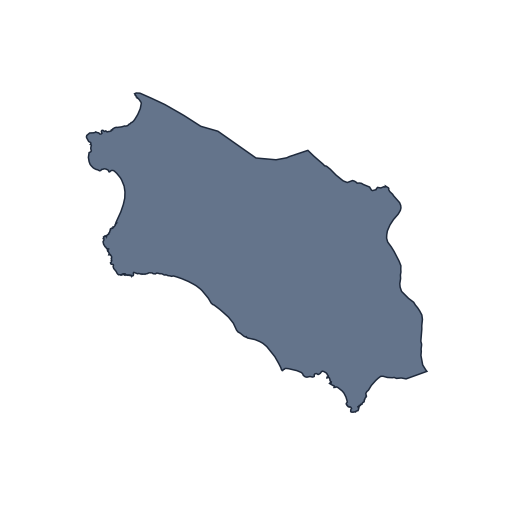 the district of Ilocos Norte, Ilocos Norte, Philippines, rotated 288°
{"feature_id": "2640588B45258001695711", "entity_name": "Ilocos Norte", "entity_type": "district", "adm_level": 2, "iso_a3": "PHL", "parent_name": "Philippines", "parent_adm1": "Ilocos Norte", "projection": "orthographic", "projection_center": [120.646, 18.219], "detail": "fine", "context": "isolated", "style": "filled", "palette": "slate", "viewbox_px": 512, "rotation_deg": 288, "n_neighbors": 0, "source": "geoboundaries", "source_scale": "gbopen_adm2", "svg_char_len": 6019}
<svg xmlns="http://www.w3.org/2000/svg" viewBox="0 0 512 512"><g transform="rotate(288 256 256)"><path d="M355.8,368.2L356.9,366.9L358.6,363.3L360.2,361.6L361.3,361.4L361.7,360.9L362.6,357.4L361.8,357.7L361.3,356.9L361.4,356.2L359.3,353.7L358.8,350.4L357.1,349.7L356.2,349.7L354.2,346.6L354.3,345.5L356.7,342.7L357.2,335.9L357.7,333.9L357.4,331.9L356.5,329.7L357.0,328.9L357.6,326.6L357.6,324.5L354.1,320.1L354.4,315.7L357.6,307.3L361.5,299.8L363.2,295.3L363.0,293.2L363.8,292.0L369.0,279.8L372.5,272.7L360.8,256.9L358.9,254.9L353.7,245.3L349.2,225.7L362.9,181.2L362.3,163.4L367.4,143.9L371.9,122.4L373.7,108.0L375.0,95.4L374.0,91.7L372.8,90.4L372.1,91.3L371.7,91.3L371.1,92.6L370.3,92.9L370.0,94.2L369.5,94.2L369.5,94.8L368.8,96.4L366.6,99.2L365.9,99.7L360.4,100.4L354.0,99.8L348.5,98.5L346.7,97.9L344.9,96.9L344.3,96.0L343.1,95.6L342.1,94.5L340.9,94.0L340.0,93.2L339.2,91.9L339.1,90.9L337.3,88.3L335.4,84.3L335.2,83.3L334.4,82.1L332.9,80.7L332.1,80.3L331.8,80.5L331.4,79.8L331.0,79.9L330.8,79.4L330.3,79.6L329.3,78.5L328.9,77.4L328.1,76.3L328.1,75.4L328.6,74.5L327.6,73.3L328.2,71.7L328.0,70.8L327.3,70.4L326.4,70.5L325.1,71.6L324.0,70.8L323.7,69.9L324.5,68.4L324.3,66.7L324.5,65.2L323.9,64.9L322.9,63.3L321.6,59.8L318.4,57.8L316.9,57.9L316.1,58.4L313.2,61.5L312.8,63.7L311.5,64.4L310.9,64.1L310.9,64.6L310.1,65.3L308.6,65.3L307.0,65.7L305.1,66.9L303.8,66.5L302.8,65.3L298.0,66.1L294.2,68.1L291.9,69.9L291.0,71.2L289.6,73.8L289.2,75.2L288.9,77.4L289.1,78.5L288.7,80.9L289.3,81.9L290.7,82.5L291.1,83.5L292.0,84.6L292.3,86.3L292.1,88.3L291.8,89.1L290.7,90.0L290.6,90.4L290.9,90.9L292.2,91.6L292.9,92.5L293.2,93.7L293.0,95.0L291.6,98.0L288.5,102.8L286.8,104.7L281.7,109.0L276.4,111.6L270.5,113.3L264.0,113.9L256.3,113.8L244.9,112.5L243.4,112.5L243.7,113.0L242.3,112.4L242.2,112.6L241.5,112.6L239.7,111.8L240.1,111.7L239.6,111.6L239.4,111.0L238.6,111.2L238.0,111.0L237.9,110.1L236.9,109.3L236.3,109.5L236.2,109.3L235.9,109.6L234.8,109.3L233.1,109.4L232.4,109.1L232.1,108.8L231.1,109.1L230.3,108.2L229.3,107.7L228.6,107.8L229.1,107.4L228.9,107.2L228.4,107.4L227.9,106.2L228.4,106.4L228.5,106.2L227.0,105.1L226.3,105.5L225.7,105.4L225.8,105.6L225.0,106.2L223.8,106.4L222.3,106.1L220.0,107.5L218.1,109.7L218.1,110.2L217.1,111.4L216.9,112.6L217.2,113.0L217.1,113.6L216.4,113.0L215.9,113.1L215.8,112.8L215.1,113.2L215.1,113.8L214.5,113.8L214.3,114.4L213.2,115.5L212.1,115.6L212.5,115.9L212.4,117.0L211.7,117.1L211.8,117.6L210.9,118.8L209.9,119.2L209.1,119.0L208.6,119.6L207.1,119.7L207.0,120.2L205.9,120.2L205.3,120.2L204.6,119.7L203.7,120.3L203.5,121.0L203.8,122.4L203.7,122.9L203.2,123.3L201.7,123.4L200.1,124.6L198.0,127.9L196.8,129.0L195.9,130.4L195.7,131.1L196.4,133.2L196.0,133.5L196.4,134.2L196.7,133.9L197.5,134.4L197.7,134.9L197.6,135.1L198.1,135.2L198.5,136.5L197.6,136.3L197.5,136.7L197.4,136.3L197.2,136.7L197.2,137.0L197.7,136.9L197.8,137.4L198.1,136.9L198.3,137.1L198.2,138.0L197.7,138.4L198.0,138.7L197.9,139.6L198.5,140.0L198.2,140.5L198.8,141.2L198.6,141.5L199.0,142.7L198.7,142.7L198.7,142.3L198.4,142.5L198.8,143.5L198.4,143.9L198.9,143.9L198.9,144.8L199.5,145.3L200.3,145.3L201.6,144.7L202.2,144.6L202.7,144.9L202.5,149.0L203.1,149.7L203.3,151.3L203.2,152.3L203.4,152.3L203.8,153.3L203.6,153.7L204.4,155.6L204.3,156.1L204.9,156.6L205.5,157.9L207.0,159.5L207.8,162.3L207.4,163.7L207.9,165.9L208.9,166.6L209.3,167.7L209.4,170.3L209.8,170.8L210.0,172.3L209.6,174.4L209.8,175.5L210.4,176.0L210.1,178.3L210.6,180.6L210.5,181.8L211.5,183.6L211.6,187.5L211.5,192.4L210.9,199.5L209.9,205.2L209.2,208.4L207.4,213.4L206.4,215.4L201.2,223.6L197.3,228.0L196.5,229.9L196.4,231.3L194.0,238.2L189.4,248.7L185.1,255.2L179.6,260.3L178.2,262.3L177.7,264.9L176.0,269.3L175.7,271.2L175.9,271.7L176.0,271.2L176.3,271.6L175.7,272.2L175.4,273.3L176.2,280.9L175.8,286.0L175.1,289.5L173.2,294.2L166.1,305.0L160.9,310.7L157.5,314.1L155.8,315.3L155.1,316.4L155.3,316.8L156.6,317.2L157.1,318.0L157.9,318.3L158.3,319.1L158.9,321.8L159.6,330.2L159.2,335.3L158.1,337.1L157.3,337.6L156.5,339.3L156.3,340.3L156.5,341.9L158.1,344.6L158.3,347.1L159.0,348.2L159.5,348.6L161.1,348.1L161.9,348.3L162.8,349.5L162.8,350.3L162.5,351.3L162.7,352.1L164.3,353.4L166.1,354.0L166.9,354.6L167.1,356.2L166.4,359.2L165.5,360.4L165.2,360.4L164.3,361.9L163.4,362.2L162.7,361.6L163.0,361.2L162.4,360.6L163.0,361.2L162.5,361.7L161.9,361.0L161.2,361.2L161.9,361.1L162.7,361.9L162.8,363.4L161.4,364.5L160.3,364.6L160.8,364.8L159.7,365.6L159.6,366.5L158.2,366.7L158.6,365.8L157.5,365.3L157.4,365.9L158.3,366.2L158.1,366.5L157.3,366.2L157.1,367.0L156.5,366.8L157.1,367.0L156.6,369.4L156.6,369.5L156.8,369.2L156.7,370.2L156.7,370.3L156.2,370.8L155.1,370.8L155.5,371.9L156.3,372.6L156.2,374.6L154.2,379.8L152.8,382.0L149.7,385.1L146.5,387.3L145.2,388.0L143.7,387.4L142.9,387.7L142.6,388.4L142.1,388.6L142.1,389.1L141.8,389.1L141.2,390.2L141.4,390.9L141.1,391.1L141.0,390.8L141.0,391.3L141.3,391.5L141.6,392.5L141.1,393.4L140.4,394.0L139.6,393.5L139.7,393.2L139.5,393.6L137.6,394.0L137.0,394.7L137.4,396.5L138.2,397.9L138.4,398.9L139.3,399.1L140.5,400.8L142.6,400.9L143.2,400.7L143.2,400.3L144.1,399.6L144.5,400.6L145.0,400.2L145.3,400.7L145.9,400.6L146.1,401.4L147.3,401.5L147.3,402.1L147.8,402.6L148.1,402.4L149.5,402.8L149.9,403.2L150.2,403.2L150.6,403.8L151.8,403.8L152.4,403.4L153.6,403.8L154.3,403.6L156.0,404.3L156.6,403.9L156.9,404.3L159.1,402.9L161.3,403.3L163.1,404.4L168.6,405.7L174.7,408.4L177.4,409.9L180.1,411.8L180.9,414.0L181.1,418.6L182.4,423.4L183.2,424.9L183.0,427.5L184.9,431.8L185.5,436.7L199.1,454.2L200.1,452.7L203.9,448.2L212.4,443.6L216.3,442.7L218.4,441.8L222.1,441.1L223.4,440.7L225.9,439.1L237.7,436.3L240.9,435.2L247.1,433.9L251.1,432.0L254.4,428.6L256.8,425.6L258.6,422.7L260.7,420.3L262.8,414.2L267.3,405.4L270.9,402.7L274.1,401.3L279.2,400.5L282.6,399.2L285.5,398.8L288.1,397.8L291.5,396.8L295.4,393.6L303.0,385.9L306.4,381.9L310.0,376.9L313.3,374.7L316.5,373.8L320.5,373.2L326.9,373.8L333.2,375.5L339.8,378.3L343.9,379.2L346.5,379.0L348.8,378.0L351.1,376.1L355.8,368.2Z" fill="#64748b" stroke="#1e293b" stroke-width="1.5"/></g></svg>